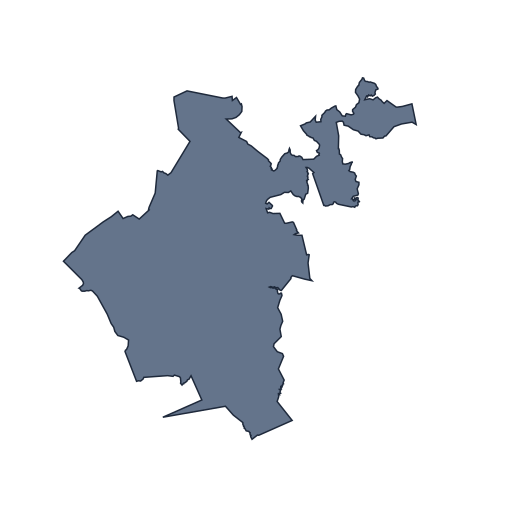 Tlapa de Comonfort, Guerrero, Mexico (orthographic projection), rotated 256°
{"feature_id": "50627088B88355080019146", "entity_name": "Tlapa de Comonfort", "entity_type": "district", "adm_level": 2, "iso_a3": "MEX", "parent_name": "Mexico", "parent_adm1": "Guerrero", "projection": "orthographic", "projection_center": [-98.572, 17.528], "detail": "fine", "context": "isolated", "style": "filled", "palette": "slate", "viewbox_px": 512, "rotation_deg": 256, "n_neighbors": 0, "source": "geoboundaries", "source_scale": "gbopen_adm2", "svg_char_len": 6131}
<svg xmlns="http://www.w3.org/2000/svg" viewBox="0 0 512 512"><g transform="rotate(256 256 256)"><path d="M317.5,95.3L305.0,81.3L303.9,78.1L297.5,67.9L275.2,81.3L272.5,82.1L270.9,81.9L269.5,80.7L267.6,76.5L267.3,77.0L264.5,78.1L263.9,78.8L263.3,81.4L263.4,83.5L262.8,84.8L262.7,87.5L261.6,88.9L255.4,92.3L235.5,97.6L225.5,99.1L221.3,100.7L216.9,100.8L212.3,102.7L209.2,108.0L205.3,112.0L199.7,110.2L196.5,107.7L196.2,106.6L195.0,105.8L163.3,109.8L163.4,111.7L162.6,113.8L163.9,116.6L165.4,117.8L161.3,141.3L159.3,146.4L160.2,148.0L157.4,152.6L156.0,153.2L152.0,152.6L150.8,152.0L148.7,153.0L149.4,153.8L149.5,155.0L150.2,155.3L150.2,156.3L151.2,158.6L152.5,159.6L152.6,161.1L155.5,164.0L129.4,168.6L122.1,126.6L117.6,190.0L107.1,195.5L97.6,202.9L95.4,202.5L94.6,203.0L93.6,202.7L92.8,203.3L91.7,202.9L91.2,203.5L88.7,204.2L87.5,206.7L86.1,207.1L86.0,207.5L84.4,207.1L83.2,207.7L83.0,207.2L81.6,207.2L79.1,207.8L81.9,214.1L81.4,215.3L87.7,251.3L109.7,241.3L114.0,244.0L116.6,244.4L115.9,245.2L116.9,245.2L116.6,245.9L116.9,246.7L117.5,246.2L118.4,246.5L119.6,247.3L120.9,246.5L120.7,248.3L121.8,248.2L122.1,249.1L122.8,249.6L122.7,248.3L123.5,248.5L123.9,250.1L124.3,250.7L125.0,250.7L125.3,251.8L126.4,251.6L128.8,253.3L141.0,250.4L152.0,258.5L154.9,258.0L158.0,253.5L163.8,251.0L166.5,252.3L171.7,261.0L179.2,261.5L182.5,263.3L186.2,266.1L193.4,266.3L200.6,264.5L207.3,268.5L211.3,271.6L212.0,271.7L213.8,271.7L214.0,270.8L213.4,270.0L213.8,268.6L214.3,268.2L217.0,268.2L218.2,269.0L218.7,268.3L218.8,267.5L219.8,267.2L220.5,266.5L220.7,264.7L221.6,263.8L221.8,262.3L222.6,261.4L222.8,262.9L222.1,264.1L221.2,264.6L221.7,266.3L221.4,266.8L220.5,267.2L220.1,269.5L217.0,271.1L216.4,272.2L225.6,284.4L226.7,284.6L228.1,286.5L221.8,297.6L218.5,304.3L221.2,302.8L236.6,304.8L244.3,307.9L244.8,307.3L244.9,305.4L265.0,305.6L266.1,301.2L267.5,298.2L268.2,300.0L268.1,302.8L270.8,301.4L271.3,301.9L279.5,300.5L280.3,299.5L280.4,293.4L280.9,291.7L291.6,289.5L293.1,282.7L295.1,279.8L295.1,277.7L299.6,277.3L298.4,279.7L299.5,280.4L298.7,280.8L298.4,282.2L300.5,284.1L301.1,284.1L304.9,281.6L303.8,279.4L304.8,278.1L307.0,279.5L308.1,280.9L309.5,283.9L309.6,295.0L310.9,299.0L309.8,302.7L310.7,305.5L306.6,307.0L304.9,308.4L303.8,310.1L303.5,311.7L302.1,313.4L300.2,314.3L298.4,313.4L297.2,313.5L296.1,314.2L298.3,314.9L299.1,315.5L299.5,316.5L303.9,319.2L304.4,321.3L309.2,323.2L311.7,323.6L312.2,323.2L312.7,323.5L315.7,323.2L316.1,323.6L316.7,323.5L316.6,323.9L317.6,324.3L317.6,325.2L318.6,324.9L320.1,325.5L320.6,325.1L322.0,325.6L322.3,326.2L323.3,326.1L323.6,326.7L325.5,325.9L326.0,326.6L327.8,326.7L329.8,326.0L329.6,327.0L328.5,328.6L323.0,332.4L322.2,330.9L288.7,334.0L288.6,334.7L287.7,335.4L287.3,338.0L287.9,340.4L287.5,342.5L288.1,343.7L289.4,344.3L289.6,345.4L288.8,346.5L287.7,346.8L286.3,348.4L280.5,360.4L280.5,362.0L279.4,363.6L280.2,364.2L280.5,365.3L280.2,366.6L281.1,367.5L283.4,367.8L283.8,368.3L283.6,369.4L284.0,370.0L283.9,369.3L284.3,368.7L285.1,368.9L286.1,368.3L286.8,369.0L287.9,369.0L288.3,368.4L288.1,367.3L286.4,366.7L285.9,365.9L287.6,366.5L289.0,365.2L287.4,366.0L287.0,364.2L285.3,364.1L288.2,363.2L288.4,362.6L290.4,364.8L290.5,369.6L291.7,370.4L296.7,370.4L300.2,373.1L302.6,373.7L304.1,371.0L306.3,370.8L309.3,372.7L310.7,372.0L312.6,371.8L313.7,370.7L315.1,367.8L316.4,366.7L317.2,367.8L320.0,369.0L322.0,370.7L322.9,370.8L323.4,372.0L324.0,372.0L323.9,369.6L323.4,368.3L323.5,364.8L324.4,362.5L326.8,362.6L329.7,363.6L331.0,363.0L333.8,362.6L334.7,361.6L338.4,362.4L340.2,362.3L340.3,361.9L352.6,365.3L366.2,366.2L366.6,369.1L366.0,372.3L364.7,373.2L361.6,373.1L359.7,376.9L355.0,381.0L352.5,385.3L348.8,387.3L347.5,390.3L346.1,391.8L346.2,395.0L344.3,395.2L343.5,397.5L342.3,398.5L341.6,400.1L340.7,400.7L340.8,402.7L339.8,407.7L341.2,409.7L341.1,411.2L348.1,421.2L348.9,429.2L348.1,439.8L344.8,443.2L365.9,444.1L365.7,434.2L366.3,428.8L366.7,427.9L375.1,420.7L373.1,417.2L375.5,415.6L376.8,415.2L378.8,413.4L380.8,412.3L380.6,410.4L379.2,407.4L381.1,404.3L381.3,399.3L384.6,402.1L384.5,402.7L383.5,402.9L385.0,404.3L383.9,405.3L383.8,406.1L384.4,406.7L382.9,407.6L383.3,409.4L384.3,411.0L385.7,410.9L388.3,412.5L388.4,414.6L389.2,414.9L391.5,413.9L393.5,413.7L394.9,412.7L397.3,408.8L397.2,407.8L398.4,406.2L398.8,404.8L399.7,403.9L402.6,403.5L403.1,402.4L401.8,401.5L399.4,398.3L396.6,396.9L396.3,395.9L393.5,393.0L390.7,392.1L386.9,393.6L383.2,394.5L379.8,392.9L378.6,390.1L376.3,388.5L374.7,385.2L373.1,384.7L370.8,385.5L370.0,384.9L369.9,382.5L372.2,378.3L371.8,377.5L370.0,376.5L371.1,373.6L375.5,372.1L378.5,369.8L382.3,369.8L382.4,369.0L381.3,364.9L380.1,362.3L380.5,360.2L379.7,358.3L378.7,357.6L376.6,354.0L375.0,353.6L372.9,351.9L370.6,351.5L371.2,346.8L373.5,346.3L377.2,347.6L372.9,341.0L373.0,337.0L372.3,335.6L371.6,330.7L366.1,332.3L361.9,334.5L360.9,334.6L359.6,336.2L358.7,336.7L358.4,337.7L357.6,338.1L356.8,339.8L354.0,340.6L352.7,342.4L348.9,344.5L348.0,344.5L345.9,343.5L344.3,342.1L343.6,340.2L341.6,340.6L340.7,342.2L340.1,342.3L339.4,341.6L338.5,341.7L338.1,338.9L336.0,335.4L338.2,324.9L340.7,324.3L342.3,322.8L342.7,321.9L342.3,321.1L342.9,318.4L344.5,317.2L344.8,315.8L345.9,314.7L348.1,314.2L350.6,314.8L352.3,314.5L350.6,313.4L349.7,313.4L349.1,312.7L348.4,311.3L348.3,308.7L345.8,305.0L343.8,302.9L342.4,302.5L340.7,300.2L339.6,299.8L338.9,299.0L337.4,298.6L336.9,298.0L336.0,297.8L334.5,295.2L334.2,293.8L335.8,291.9L336.4,292.7L337.2,291.9L338.2,292.3L339.6,291.5L340.9,292.7L342.1,292.8L342.2,293.0L345.4,291.1L346.2,291.4L347.7,290.6L357.0,283.1L364.0,278.0L366.6,275.1L369.4,274.6L375.2,268.0L379.5,271.6L379.4,270.8L396.1,260.2L394.9,265.9L395.3,270.1L397.1,274.0L399.7,277.2L404.3,278.6L407.1,278.6L406.8,277.7L414.5,275.4L412.6,270.7L416.7,271.4L416.7,264.2L417.3,262.0L432.9,229.0L430.1,214.9L426.6,214.0L398.8,211.8L397.8,211.2L383.2,219.7L357.4,193.7L355.8,190.0L357.8,188.5L359.0,186.7L360.7,185.8L360.6,184.3L362.7,181.3L362.5,180.8L341.4,173.4L329.2,164.1L327.2,163.0L326.6,163.5L320.1,151.6L325.8,146.4L324.9,144.1L325.4,141.3L324.5,136.1L332.8,133.0L329.1,125.0L326.1,116.1L317.5,95.3Z" fill="#64748b" stroke="#1e293b" stroke-width="1.5"/></g></svg>